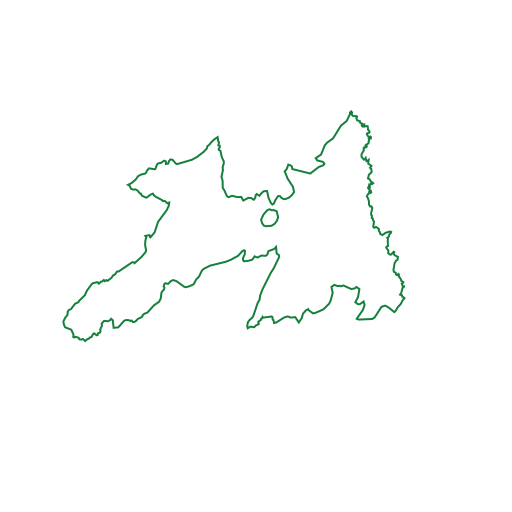 Rungu, Orientale, Democratic Republic of the Congo (Equal Earth projection), rotated 36°
{"feature_id": "63176286B79209138861399", "entity_name": "Rungu", "entity_type": "district", "adm_level": 2, "iso_a3": "COD", "parent_name": "Democratic Republic of the Congo", "parent_adm1": "Orientale", "projection": "equal_earth", "projection_center": [27.634, 2.608], "detail": "fine", "context": "isolated", "style": "outline", "palette": "green", "viewbox_px": 512, "rotation_deg": 36, "n_neighbors": 0, "source": "geoboundaries", "source_scale": "gbopen_adm2", "svg_char_len": 6129}
<svg xmlns="http://www.w3.org/2000/svg" viewBox="0 0 512 512"><g transform="rotate(36 256 256)"><path d="M186.5,394.7L187.4,385.9L188.2,384.5L190.5,382.8L192.5,382.4L193.3,381.3L195.1,381.8L196.0,381.4L197.0,379.5L197.4,376.3L199.1,373.3L199.5,371.4L199.1,370.3L199.7,368.2L201.4,365.6L202.4,356.0L204.5,350.0L203.9,346.3L201.2,341.5L200.9,340.2L201.2,337.2L200.6,335.5L199.0,334.7L198.3,332.3L198.6,331.4L201.3,330.2L201.9,326.2L203.2,324.1L206.5,323.1L215.9,323.1L217.6,322.5L219.9,319.6L222.2,315.5L221.4,310.1L222.0,306.1L220.9,300.1L220.9,298.5L221.7,296.2L224.6,290.7L234.9,278.5L237.9,273.8L241.4,266.3L242.1,259.9L243.0,258.4L243.9,258.2L245.9,261.3L246.6,264.9L247.7,266.7L249.3,267.4L252.9,264.1L255.1,261.2L255.1,257.1L258.1,256.4L260.1,252.5L263.8,250.1L264.3,248.2L263.2,244.8L266.6,239.6L266.9,236.9L271.2,241.8L274.0,241.8L275.3,243.2L277.5,255.1L277.9,261.2L280.8,278.8L282.6,285.6L284.5,289.1L285.0,293.0L289.1,306.3L289.2,308.4L288.4,311.4L288.4,314.4L290.1,317.9L291.8,319.3L292.9,316.5L296.4,314.7L296.7,312.3L298.2,309.8L298.1,309.0L296.9,308.5L296.5,307.6L297.5,305.1L297.0,303.7L297.7,302.8L297.1,301.4L298.1,301.5L304.3,295.7L305.3,295.8L306.9,297.7L308.0,297.7L310.0,299.6L311.5,297.8L315.0,289.0L317.2,286.2L320.3,285.4L323.7,282.4L329.7,284.6L329.5,279.3L327.9,275.1L328.4,270.4L329.5,268.4L330.0,268.9L335.9,268.9L337.6,266.9L341.9,259.6L343.2,251.6L342.5,248.0L339.7,240.7L335.2,236.7L336.3,233.4L340.1,232.2L341.1,231.0L342.5,230.6L344.0,228.5L352.6,226.7L354.9,224.2L355.5,222.0L359.1,222.0L362.7,229.3L363.5,235.0L366.6,235.1L368.3,234.1L369.8,229.6L372.7,231.9L374.2,236.9L374.4,247.6L376.4,247.1L387.0,238.7L388.1,236.1L387.4,223.3L389.7,220.2L393.4,219.7L400.9,220.1L401.2,217.8L400.8,214.6L401.3,209.9L400.6,204.8L401.0,203.1L400.6,202.6L398.1,202.9L397.2,202.0L395.3,202.6L395.2,200.4L393.3,195.7L393.8,194.0L393.5,193.5L392.4,194.1L390.2,192.6L390.8,191.0L390.5,190.5L388.2,190.7L386.4,189.4L383.7,188.7L382.4,186.9L381.8,186.8L381.3,188.6L380.0,188.6L379.0,187.5L376.7,187.7L375.3,186.3L372.4,180.4L372.0,177.5L372.7,175.9L371.3,173.3L367.6,173.9L365.9,173.2L365.6,171.6L364.9,171.6L364.4,175.5L363.7,176.1L361.3,176.0L359.9,173.8L356.4,172.7L356.1,172.1L356.9,170.3L353.8,166.5L352.6,164.5L351.5,164.2L352.1,162.2L351.2,160.3L351.5,158.0L351.2,157.1L350.1,157.3L347.1,161.2L346.0,164.7L343.5,165.1L342.2,163.9L340.4,163.3L339.6,161.9L336.5,161.9L335.9,162.1L335.1,163.7L333.7,163.5L331.3,158.8L329.9,158.4L328.4,157.0L327.3,157.2L326.2,155.3L325.0,155.0L324.2,154.1L321.8,148.7L320.1,148.0L319.2,148.9L317.1,147.9L315.3,145.4L312.1,143.1L310.7,142.7L310.2,140.8L310.6,138.8L309.7,137.3L309.9,136.8L311.6,137.5L311.8,136.8L310.5,135.7L308.3,135.6L307.9,135.0L308.0,133.7L307.5,133.3L306.6,134.6L305.7,131.8L306.6,132.0L306.4,129.9L307.6,129.6L308.0,128.2L304.7,128.1L302.7,127.1L301.0,127.4L299.6,123.9L300.2,120.8L300.0,119.8L297.9,117.7L296.4,117.6L296.4,115.2L292.5,115.3L290.6,112.0L290.0,114.2L289.1,114.1L287.1,112.2L287.1,113.9L286.7,114.6L283.0,113.7L281.6,111.7L281.1,107.1L279.7,105.5L279.6,104.7L280.9,103.7L281.3,102.4L280.6,101.7L279.8,102.3L279.5,101.8L280.7,98.9L280.5,98.0L279.8,97.2L279.5,95.8L278.4,94.9L279.8,93.4L279.2,92.3L278.3,92.1L277.7,93.3L277.0,93.5L274.3,92.4L273.8,91.7L275.1,89.6L275.1,89.0L274.1,88.2L272.6,88.1L270.1,85.4L269.0,85.9L267.5,87.7L266.5,86.3L265.9,88.6L264.6,88.1L264.4,86.5L262.0,87.0L261.3,86.7L260.9,85.9L258.0,86.8L256.0,85.3L255.9,83.9L255.4,83.7L252.2,85.7L250.2,85.3L249.3,83.4L248.0,83.1L247.7,84.8L248.6,85.8L250.0,93.4L248.1,100.5L249.2,115.5L246.9,122.6L246.6,126.1L249.0,135.7L246.8,141.7L249.5,142.7L254.8,140.5L257.2,141.2L257.1,143.1L254.5,147.0L251.4,157.4L234.3,164.3L232.4,162.5L230.5,162.4L228.4,163.1L229.7,167.4L229.5,170.7L236.1,174.8L245.0,178.2L249.2,181.8L249.2,186.0L248.2,189.8L246.2,192.8L244.9,193.7L242.4,194.0L240.1,193.5L238.6,194.7L238.8,199.3L239.6,202.9L239.0,204.7L237.2,204.5L232.1,201.7L226.7,196.9L224.2,199.1L223.5,201.7L223.4,205.2L220.1,205.5L220.1,207.4L221.0,208.8L221.3,211.5L220.9,211.9L218.0,211.9L215.6,213.5L213.1,218.6L209.3,216.9L206.5,219.2L201.2,221.4L199.2,224.6L197.3,224.7L192.0,221.6L189.0,220.4L184.9,214.9L181.5,212.2L178.6,205.6L177.1,204.3L175.5,200.1L174.5,198.5L170.2,196.1L165.4,191.8L163.4,192.0L162.9,191.3L162.7,189.1L161.8,188.1L160.5,188.6L159.4,185.9L157.8,185.2L155.1,182.4L153.8,185.9L153.0,189.6L152.8,193.7L152.1,195.7L153.0,197.8L152.5,202.3L150.1,210.4L147.6,215.8L138.1,228.1L136.7,228.3L131.9,227.2L130.0,228.2L129.8,230.2L130.7,232.8L129.0,234.5L127.6,232.5L126.1,232.6L125.5,233.2L124.7,236.0L122.4,238.6L122.1,240.1L123.4,244.5L123.2,245.3L117.9,248.0L117.6,251.2L118.2,253.2L117.6,254.9L115.4,257.3L113.7,260.6L113.7,264.9L112.5,270.0L110.7,273.6L112.2,273.3L115.4,275.1L117.1,274.7L119.5,272.9L122.0,272.7L125.1,273.6L126.4,273.2L128.1,274.3L132.4,273.5L133.2,273.0L134.6,268.4L135.9,266.2L137.6,266.9L140.0,267.0L147.2,266.0L148.3,266.3L149.8,265.1L153.4,265.4L154.4,263.8L156.0,266.8L156.8,271.5L156.7,285.9L160.1,296.5L159.6,303.0L159.0,303.0L158.4,301.8L157.3,301.9L154.7,304.8L156.1,305.2L157.6,308.9L160.0,312.5L163.9,316.1L164.4,318.1L163.9,323.9L162.0,333.2L160.8,332.9L159.5,333.9L154.0,349.2L152.7,350.2L152.7,354.2L151.8,355.6L151.9,358.6L150.5,363.4L149.1,363.5L148.4,365.3L147.0,364.9L146.5,367.1L145.6,368.0L145.3,370.5L144.9,370.9L143.6,370.3L142.9,370.5L140.0,374.0L139.6,375.5L139.6,383.6L140.6,388.4L139.3,395.9L139.4,397.9L137.7,401.0L137.5,407.6L136.4,409.7L136.3,411.5L138.1,414.5L137.9,417.9L138.6,422.1L140.8,424.3L143.4,425.9L149.9,424.2L154.6,426.9L155.7,428.9L156.8,428.8L157.5,427.4L160.6,426.5L162.3,427.2L163.7,426.4L164.7,424.9L167.8,425.2L168.3,422.8L169.5,420.8L169.4,419.8L170.5,418.3L170.1,415.0L170.5,413.7L173.7,413.8L174.3,412.9L173.7,411.4L174.8,409.5L174.5,408.3L173.2,407.1L172.3,402.8L170.9,401.5L171.2,397.8L174.5,395.9L175.7,393.7L175.7,392.0L178.0,392.2L183.0,397.8L186.5,394.7ZM237.7,218.2L238.2,212.5L239.3,210.4L242.0,209.6L243.4,208.4L246.4,207.7L251.1,211.6L252.2,215.1L252.2,218.9L250.8,222.4L246.5,226.1L244.4,226.8L241.5,225.8L238.8,223.6L237.7,218.2Z" fill="none" stroke="#15803d" stroke-width="2"/></g></svg>